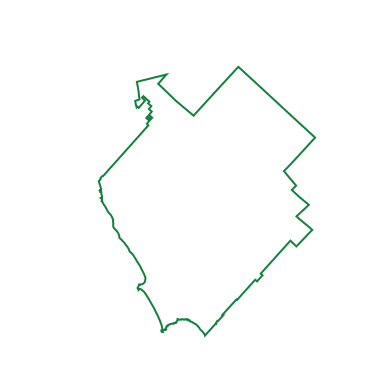 Benito Juárez, Quintana Roo, Mexico (Mercator projection), rotated 132°
{"feature_id": "50627088B55174657645518", "entity_name": "Benito Juárez", "entity_type": "district", "adm_level": 2, "iso_a3": "MEX", "parent_name": "Mexico", "parent_adm1": "Quintana Roo", "projection": "mercator", "projection_center": [-86.846, 20.98], "detail": "fine", "context": "isolated", "style": "outline", "palette": "green", "viewbox_px": 384, "rotation_deg": 132, "n_neighbors": 0, "source": "geoboundaries", "source_scale": "gbopen_adm2", "svg_char_len": 5450}
<svg xmlns="http://www.w3.org/2000/svg" viewBox="0 0 384 384"><g transform="rotate(132 192 192)"><path d="M162.6,78.0L139.7,77.3L139.8,83.8L140.2,93.8L140.2,98.1L129.9,97.1L123.4,96.6L123.7,104.9L123.9,109.5L123.8,113.2L123.7,119.2L117.6,118.9L115.0,137.6L101.1,137.2L69.2,136.9L68.7,183.2L68.6,184.0L68.7,184.6L68.6,185.8L68.0,236.0L68.0,241.3L102.3,241.7L134.2,241.9L135.0,264.8L134.2,289.5L121.8,289.6L147.0,306.7L153.3,298.6L156.3,295.5L158.3,293.0L162.3,295.2L164.6,292.3L166.1,289.8L165.1,289.8L165.1,287.9L163.5,287.9L159.4,288.0L155.5,288.1L155.4,292.3L153.3,292.3L153.4,284.1L155.5,284.0L155.4,279.7L159.2,279.6L159.2,275.7L163.5,275.5L163.4,271.3L165.5,271.3L165.6,275.5L167.6,275.4L167.5,271.3L169.4,271.3L171.5,271.2L171.7,269.0L218.8,268.8L231.2,268.8L239.3,268.7L240.3,269.3L241.6,269.4L242.0,269.2L242.5,269.2L242.9,269.3L243.3,269.0L243.5,268.7L243.9,268.5L244.3,268.4L244.8,268.5L245.3,268.6L245.7,268.4L245.9,268.3L246.2,268.5L247.2,267.2L247.9,265.9L249.0,264.1L250.2,262.2L250.8,261.5L251.0,261.2L251.4,260.8L252.1,261.6L252.5,261.3L252.4,261.2L252.1,261.5L251.6,261.0L252.1,260.5L252.2,260.4L252.3,260.5L252.2,260.3L252.2,260.1L252.4,259.9L252.5,260.0L252.3,260.2L252.5,260.0L252.4,260.3L252.6,260.1L252.4,260.5L252.5,260.6L252.8,260.3L252.6,260.7L252.7,260.9L252.7,261.5L252.8,261.5L252.8,260.8L253.2,260.4L253.3,260.3L252.6,259.6L252.7,259.4L253.2,258.9L253.5,258.6L253.7,258.3L254.1,258.0L254.8,256.9L255.0,256.7L255.5,256.0L255.9,255.4L256.5,254.8L257.0,254.5L257.4,255.0L257.2,255.7L257.3,255.7L257.5,255.2L257.6,255.3L257.6,255.2L257.1,254.5L257.9,253.8L258.8,252.7L259.3,252.9L259.3,252.7L258.9,252.5L259.2,252.0L259.5,251.5L259.7,251.0L259.8,250.6L260.0,250.2L260.1,249.7L260.3,249.1L260.5,248.6L260.8,247.1L261.8,244.1L262.5,242.3L262.8,241.4L263.0,240.6L263.2,239.0L263.4,236.9L263.7,235.9L263.8,235.6L264.1,234.9L264.2,234.6L264.3,234.3L264.6,233.7L264.9,233.3L265.0,232.6L265.1,232.3L265.3,232.0L265.5,231.8L266.1,231.5L266.4,231.4L267.4,230.2L267.8,229.6L268.6,229.0L269.4,228.4L270.8,226.8L271.0,226.4L271.0,226.1L271.1,225.1L271.3,222.3L271.4,221.7L271.6,220.7L271.7,220.3L271.9,219.4L272.6,217.9L273.2,216.9L273.5,216.4L274.5,215.6L274.5,215.4L274.6,214.9L274.6,214.3L274.7,213.1L274.6,212.7L274.7,211.6L274.9,210.9L274.9,209.9L274.9,209.5L274.9,208.9L275.1,207.8L275.4,206.6L275.6,206.0L275.7,205.3L275.8,203.8L276.2,202.6L276.7,200.8L277.8,198.8L278.0,198.1L278.0,197.9L277.9,197.5L277.9,196.1L278.1,194.1L278.5,192.3L279.1,190.6L279.5,188.8L280.2,187.0L281.4,182.4L281.8,181.2L283.3,177.4L284.1,175.2L285.2,172.5L286.6,169.7L287.6,168.6L288.9,167.7L290.4,166.9L292.0,166.8L293.0,167.1L294.1,167.5L294.7,167.9L295.4,168.3L295.5,168.4L295.5,168.7L295.7,168.8L295.8,168.9L295.7,169.1L295.9,169.3L296.0,169.4L296.2,169.5L296.4,169.4L296.6,169.2L297.1,168.9L297.4,168.8L297.7,168.6L298.4,168.5L298.8,168.4L299.0,168.5L299.3,168.7L299.3,168.9L299.4,168.7L299.5,168.6L299.5,168.4L299.8,168.2L299.9,167.8L300.2,167.4L300.2,167.0L300.2,166.8L300.2,166.6L300.3,166.5L300.3,166.3L300.4,166.2L300.2,166.2L300.1,166.5L299.6,166.5L299.2,166.3L298.9,165.8L298.6,165.2L298.4,164.2L298.3,162.8L298.3,161.9L298.4,160.2L298.9,157.8L299.4,156.3L299.5,155.6L300.0,154.1L300.7,151.8L300.8,151.4L301.5,149.3L303.2,144.2L304.0,142.0L306.3,136.1L306.8,134.8L307.3,133.5L307.7,132.9L308.7,130.5L309.3,129.4L309.3,129.1L309.6,128.8L310.1,128.0L310.5,127.0L310.9,126.2L311.6,125.1L312.7,123.6L313.1,123.0L313.5,122.6L313.8,122.3L314.5,121.9L315.1,121.8L315.4,121.5L315.6,121.5L315.7,121.8L315.8,121.7L316.0,121.5L316.0,121.4L316.0,121.0L316.0,120.9L315.9,120.6L316.0,120.3L316.0,120.1L315.8,119.9L315.7,120.2L315.4,120.4L315.5,120.5L315.1,120.7L315.0,120.3L315.0,120.2L315.0,120.7L314.9,120.8L313.5,120.6L313.7,120.4L313.7,119.8L313.6,120.4L313.5,120.6L313.3,120.5L313.0,120.2L312.4,119.4L312.1,119.3L311.9,119.5L311.7,119.4L311.4,119.3L311.2,119.3L310.7,120.2L310.3,120.3L309.5,120.7L309.4,120.7L309.3,120.4L309.4,120.7L309.0,120.7L308.3,120.8L308.2,120.8L308.2,120.6L308.2,120.8L308.0,120.7L307.8,120.7L307.4,120.7L307.5,120.4L307.4,120.4L307.4,120.7L307.0,120.6L306.9,120.7L306.4,120.6L306.1,120.4L306.2,120.2L306.1,120.4L304.6,119.6L304.3,119.4L304.2,119.4L304.1,119.5L303.9,119.4L303.0,118.5L302.5,117.8L302.4,117.7L302.2,117.8L301.9,117.6L300.5,116.7L300.5,116.8L300.4,116.7L300.0,116.7L299.7,116.6L299.3,116.4L299.2,116.4L299.0,116.7L299.0,116.8L298.7,116.8L298.4,116.8L298.1,116.8L297.9,116.9L297.6,116.9L297.4,117.0L296.8,117.0L296.6,117.1L296.2,117.3L296.1,117.7L295.8,117.6L295.8,116.4L295.7,116.3L295.6,116.1L295.4,115.7L295.4,115.8L294.4,115.2L294.5,115.1L294.1,114.7L293.8,114.4L293.5,114.2L293.4,114.2L293.0,113.9L292.7,113.6L292.2,113.0L291.9,112.7L291.2,111.9L291.2,111.7L291.3,111.7L291.2,111.6L290.7,111.1L290.2,109.9L290.1,110.1L290.2,110.5L290.5,111.2L290.4,111.2L290.2,110.9L289.8,110.6L289.7,110.3L289.5,110.2L289.4,110.0L289.6,109.8L289.4,109.6L289.3,109.3L289.3,109.0L289.2,108.3L289.0,108.1L289.1,107.7L289.1,107.3L289.2,107.0L289.4,106.9L288.7,105.3L288.7,105.0L288.5,104.5L288.5,103.9L288.4,103.5L287.8,101.1L287.7,100.5L287.7,99.2L287.9,96.7L288.0,95.8L288.6,94.2L288.7,92.6L288.7,91.2L288.8,90.6L288.9,89.6L289.2,88.3L289.5,87.2L289.7,86.7L290.0,86.3L274.1,86.3L273.9,85.8L272.4,86.5L272.5,86.7L270.7,87.0L270.3,86.3L262.6,86.3L263.0,87.2L242.0,87.1L242.0,86.3L214.9,86.3L214.9,83.9L206.7,83.9L206.7,86.3L162.3,86.3L162.4,84.2L162.6,79.5L162.6,78.0Z" fill="none" stroke="#15803d" stroke-width="2"/></g></svg>